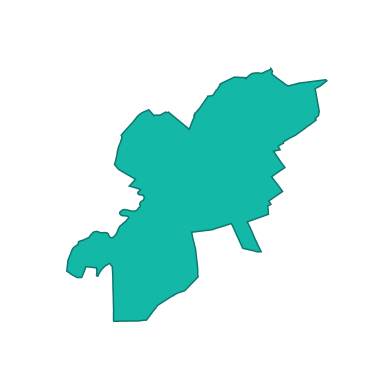 Rūjiena, Rujienas, Latvia, rotated 107°
{"feature_id": "27541924B56820774497213", "entity_name": "Rūjiena", "entity_type": "district", "adm_level": 2, "iso_a3": "LVA", "parent_name": "Latvia", "parent_adm1": "Rujienas", "projection": "mercator", "projection_center": [25.348, 57.894], "detail": "fine", "context": "isolated", "style": "filled", "palette": "teal", "viewbox_px": 384, "rotation_deg": 107, "n_neighbors": 0, "source": "geoboundaries", "source_scale": "gbopen_adm2", "svg_char_len": 5448}
<svg xmlns="http://www.w3.org/2000/svg" viewBox="0 0 384 384"><g transform="rotate(107 192 192)"><path d="M50.8,152.8L51.9,152.9L53.1,154.1L54.5,156.0L57.5,159.2L58.0,159.8L58.3,160.6L58.6,162.1L58.7,163.4L59.6,166.1L60.4,167.8L61.0,169.0L62.2,170.2L63.3,171.1L64.8,172.0L67.9,173.6L67.0,174.1L67.0,174.4L67.7,176.9L69.7,185.0L79.4,195.6L80.6,196.6L80.7,196.2L85.5,197.6L87.5,198.2L87.6,198.3L87.6,198.6L93.5,200.2L94.4,201.8L95.8,204.9L96.0,204.8L98.8,205.7L109.2,209.0L113.1,210.8L116.7,212.1L116.5,212.3L118.2,212.5L118.4,212.2L118.8,212.2L119.0,211.8L125.9,212.5L129.3,212.7L132.8,213.0L127.8,225.1L122.7,237.4L122.5,237.6L122.8,237.8L122.9,238.0L123.1,238.3L123.2,238.7L123.3,239.2L123.3,240.0L123.3,240.5L123.6,241.0L124.1,241.4L126.5,243.7L127.2,244.3L128.1,245.5L128.3,246.2L128.2,246.2L129.0,248.9L129.8,250.7L130.0,250.8L126.0,257.3L129.5,261.6L132.0,264.0L134.6,265.7L135.7,266.3L136.9,266.7L137.7,267.1L137.8,267.1L143.1,269.2L150.7,272.8L152.0,273.5L158.3,276.3L158.4,276.1L160.8,274.8L163.7,275.0L163.7,274.8L170.3,275.4L172.7,275.3L174.0,275.2L174.6,275.2L178.6,274.6L182.9,274.3L184.8,274.2L188.4,274.1L188.6,273.8L191.7,269.0L191.8,268.6L192.0,268.4L192.9,264.3L193.7,261.1L194.5,257.7L194.6,257.1L195.3,254.2L196.3,249.7L204.7,253.7L204.5,244.1L205.0,241.8L205.6,242.1L206.3,242.6L207.1,243.1L208.1,243.6L209.1,243.4L209.7,242.9L210.0,241.9L209.9,241.0L209.7,240.2L209.6,238.9L209.5,238.3L209.6,237.6L209.9,237.1L210.3,236.7L210.7,236.3L211.6,236.0L212.4,235.9L213.4,236.0L214.6,236.6L215.6,237.5L216.2,238.0L217.0,238.4L218.0,238.5L219.1,238.4L219.8,237.7L220.5,237.3L221.0,237.4L222.0,237.9L223.3,238.7L224.9,239.0L225.5,239.5L226.4,240.3L226.7,240.7L227.2,241.9L227.9,243.7L228.1,247.9L228.4,251.1L228.9,252.4L230.1,253.7L231.1,254.3L231.9,254.9L232.8,255.2L234.0,254.6L234.8,253.2L235.1,251.8L234.6,250.1L234.3,248.4L234.0,246.9L234.3,245.6L235.3,245.0L237.1,245.9L239.5,246.9L241.3,248.1L241.6,248.4L242.0,248.6L242.5,248.9L242.9,249.1L243.7,249.6L245.9,251.0L247.3,251.3L249.7,251.7L252.8,251.9L255.8,252.7L257.9,253.8L259.3,255.4L259.3,256.9L258.5,258.0L257.6,259.1L256.4,260.0L256.0,261.1L256.1,261.9L256.4,264.1L257.3,265.9L257.7,267.5L257.5,269.4L257.5,270.8L257.6,271.8L258.1,272.8L258.5,273.5L259.0,274.3L259.3,274.5L259.5,274.6L259.7,274.8L259.8,274.8L260.0,274.9L260.1,275.0L260.3,275.1L260.5,275.2L260.6,275.3L260.8,275.3L261.0,275.5L261.3,275.6L261.5,275.7L261.6,275.8L261.8,275.9L262.0,276.0L262.3,276.1L262.5,276.2L263.6,276.6L264.6,276.9L264.9,276.9L265.1,277.0L265.3,277.0L265.6,277.2L265.8,277.4L265.9,277.5L266.0,277.7L266.1,277.9L269.3,281.3L272.2,285.5L272.3,285.6L272.6,285.8L272.8,285.9L273.0,285.9L273.3,285.9L273.5,285.8L274.4,285.7L274.7,285.8L274.8,285.8L275.0,285.9L275.3,285.9L275.4,286.0L275.5,286.0L275.8,286.1L276.0,286.2L276.3,286.3L278.3,287.9L278.5,288.0L278.8,288.2L278.9,288.3L279.0,288.4L279.2,288.5L279.3,288.6L279.6,288.7L279.7,288.8L279.8,288.9L280.0,289.0L280.3,289.1L280.6,289.2L280.7,289.3L280.9,289.3L281.0,289.4L281.3,289.5L281.5,289.5L281.8,289.6L282.1,289.7L282.3,289.7L282.6,289.7L282.7,289.8L283.1,289.8L287.4,290.1L292.8,290.6L293.6,290.6L304.4,288.6L305.3,284.9L305.8,284.3L307.4,276.9L306.0,272.5L299.1,271.8L294.4,271.6L293.7,267.9L292.9,263.1L292.4,261.0L294.1,260.5L294.0,260.2L294.6,260.1L296.2,259.6L297.0,259.5L300.0,258.8L300.0,258.7L300.0,257.4L298.8,257.4L296.0,256.8L294.3,256.4L291.4,255.2L289.2,254.0L288.2,253.4L285.6,251.1L284.4,249.8L286.7,246.4L290.2,245.1L295.9,243.0L305.3,240.0L309.9,238.5L315.6,236.5L320.1,235.1L326.8,232.8L327.1,232.7L329.4,232.0L332.9,231.0L337.7,229.5L338.2,229.3L338.5,229.0L338.2,228.0L337.8,226.7L337.5,225.9L337.2,224.9L336.8,223.9L336.4,222.7L336.3,222.3L336.0,221.5L335.7,220.5L335.4,219.4L335.1,218.4L334.8,217.4L334.6,217.0L334.4,216.3L334.1,215.6L333.8,214.6L333.5,213.4L333.1,212.4L332.9,211.7L332.6,210.6L332.4,210.0L332.1,209.0L331.8,208.0L331.5,207.1L331.3,206.5L331.0,205.7L330.7,204.8L330.2,203.8L329.7,202.7L329.3,201.8L328.8,200.8L328.4,199.9L328.2,199.1L328.1,198.5L327.8,198.1L316.7,194.1L316.2,193.9L314.0,192.9L310.5,191.8L296.6,180.0L296.8,179.7L296.2,179.4L292.7,176.1L289.1,170.8L288.7,170.3L288.3,170.0L274.2,162.8L271.3,161.4L271.2,161.3L270.1,162.1L268.5,162.6L264.1,164.0L262.3,164.7L255.7,167.5L251.5,169.4L250.9,169.6L245.8,171.8L245.4,172.1L244.8,172.4L240.3,175.1L235.5,178.0L234.4,178.5L230.6,180.6L227.2,173.0L222.3,161.9L221.9,161.3L219.5,158.1L218.5,156.6L215.8,152.5L210.7,145.2L212.7,143.1L215.3,140.9L215.6,140.6L221.1,135.8L226.0,131.4L230.9,127.1L231.0,126.1L230.6,121.9L230.5,119.6L230.1,115.0L230.1,113.9L230.3,113.4L230.1,112.5L229.9,111.5L229.6,110.4L228.9,108.4L224.7,112.3L217.7,118.7L215.9,120.2L213.9,121.9L210.5,124.7L204.4,130.4L195.3,118.2L191.0,112.4L185.7,114.4L183.3,115.6L181.3,113.4L180.7,112.9L178.2,115.9L174.3,112.9L170.0,109.5L165.5,105.9L165.0,105.5L160.6,111.4L158.2,114.7L158.0,115.0L154.2,120.3L151.5,118.3L146.5,114.4L141.6,110.4L141.4,110.3L137.9,115.1L129.2,126.0L125.9,120.1L123.1,123.0L120.3,120.7L118.7,118.8L117.2,119.2L111.8,114.2L107.5,109.7L97.3,102.0L96.1,101.3L95.3,100.8L94.2,99.6L86.8,94.3L86.0,95.7L81.9,93.4L77.7,93.9L67.4,99.2L57.1,104.5L52.9,100.1L49.8,98.1L46.3,95.5L45.5,96.8L46.2,98.4L56.6,121.5L62.2,130.5L62.6,131.2L62.2,132.3L61.7,134.5L61.3,135.3L57.6,145.8L57.3,146.5L55.9,150.1L54.5,150.3L54.1,150.4L53.4,150.3L52.9,150.4L52.5,150.8L52.2,151.2L51.7,151.6L51.5,151.9L50.8,152.8Z" fill="#14b8a6" stroke="#0f766e" stroke-width="1.5"/></g></svg>